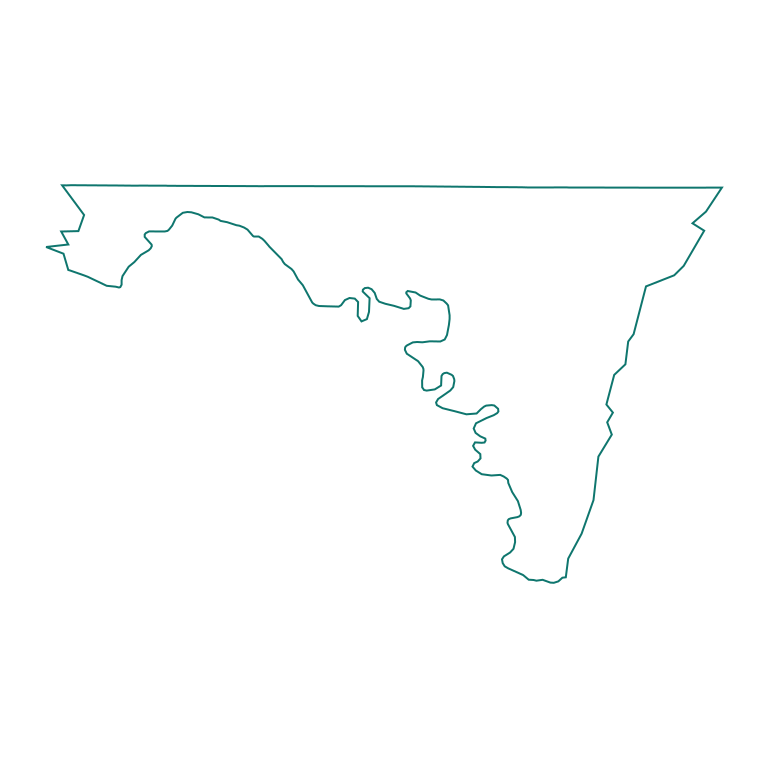 Washington, Maryland, United States of America
{"feature_id": "52423323B42185126778068", "entity_name": "Washington", "entity_type": "district", "adm_level": 2, "iso_a3": "USA", "parent_name": "United States of America", "parent_adm1": "Maryland", "projection": "orthographic", "projection_center": [-77.915, 39.521], "detail": "fine", "context": "isolated", "style": "outline", "palette": "teal", "viewbox_px": 768, "rotation_deg": 0, "n_neighbors": 0, "source": "geoboundaries", "source_scale": "gbopen_adm2", "svg_char_len": 3267}
<svg xmlns="http://www.w3.org/2000/svg" viewBox="0 0 768 768"><path d="M68.3,270.0L69.8,270.4L84.1,275.4L87.8,276.8L106.7,285.8L115.7,286.7L119.0,287.5L120.3,287.1L121.6,284.7L121.6,280.1L122.5,276.1L128.7,266.7L134.3,262.1L140.9,254.9L148.7,250.3L150.7,248.3L151.8,246.1L151.6,244.6L144.7,236.9L144.7,234.5L145.8,233.1L149.1,231.4L164.6,231.5L167.5,230.9L168.9,229.7L172.2,225.6L175.5,218.7L176.5,217.6L182.8,212.8L187.4,212.0L191.4,212.3L198.4,214.3L204.4,217.4L212.5,217.5L218.7,219.6L220.6,220.9L227.2,222.2L236.4,225.2L239.4,225.7L244.0,227.5L247.5,229.6L253.0,236.0L253.9,236.5L258.7,236.5L262.3,238.8L264.5,240.9L268.7,245.8L269.2,246.5L281.6,259.1L283.1,261.9L284.8,264.1L286.3,265.2L291.5,269.0L293.6,271.4L298.0,279.5L302.8,285.2L303.9,287.2L312.2,302.5L313.3,303.6L315.7,305.2L319.0,306.0L327.3,306.3L338.7,306.6L341.1,305.2L344.9,300.1L349.5,298.0L354.8,298.6L358.1,302.0L357.7,315.9L361.5,321.4L366.9,319.1L369.0,311.9L369.6,298.2L362.7,291.5L362.9,289.7L364.8,288.1L368.1,287.7L371.6,289.2L374.7,292.9L376.8,299.0L379.2,301.7L385.4,303.8L393.9,305.8L402.6,308.5L403.8,308.9L408.6,308.2L410.4,306.4L410.8,300.4L410.1,298.5L406.3,293.4L406.3,292.3L407.7,291.0L415.6,292.5L420.2,295.6L428.4,298.8L431.7,299.5L439.8,299.4L443.4,300.5L446.7,303.6L448.1,305.4L449.6,315.3L449.6,319.0L448.9,325.0L447.0,335.0L445.9,337.2L444.7,339.5L440.3,341.5L429.9,341.3L422.4,342.3L417.1,342.0L412.8,342.4L407.0,345.4L405.6,346.6L405.1,347.7L404.9,349.8L406.8,353.7L418.1,361.2L422.7,367.0L423.4,368.9L423.5,370.5L422.9,377.0L422.1,380.4L422.2,387.4L423.1,388.6L424.0,390.0L426.7,390.6L434.8,389.4L441.1,385.5L441.5,376.0L442.7,374.1L444.3,373.1L446.9,372.7L451.6,374.8L453.0,376.0L454.2,379.2L454.4,381.0L453.2,387.1L450.3,390.5L438.1,399.0L436.1,402.4L436.3,403.3L436.9,405.1L442.6,408.2L453.0,410.8L453.5,410.9L466.4,414.3L476.6,413.5L480.9,409.2L484.1,406.6L486.2,405.6L491.7,405.1L494.3,405.5L498.1,408.8L498.4,411.5L497.2,413.1L493.7,415.2L486.4,418.1L476.0,423.3L473.7,428.5L475.6,432.9L480.2,436.3L485.3,438.6L485.6,440.6L484.5,442.5L481.8,442.8L475.0,442.4L473.1,445.9L475.2,449.7L480.3,454.1L480.5,458.4L477.7,461.5L474.2,463.1L472.5,466.6L475.8,470.5L481.7,474.2L491.4,475.5L500.2,474.9L503.7,476.5L506.8,478.6L508.0,480.0L508.3,483.0L512.2,492.1L517.9,501.1L520.7,510.0L521.1,512.9L520.8,514.8L519.4,516.3L517.4,517.1L510.6,518.4L508.7,519.2L507.8,520.4L507.5,522.8L507.9,524.1L514.9,537.0L515.1,542.1L513.5,548.8L510.1,552.5L503.9,556.4L502.0,559.3L502.7,563.1L504.7,566.3L508.1,568.3L523.2,575.1L528.7,579.7L533.6,580.0L536.4,580.7L542.6,579.8L550.4,582.6L553.8,582.8L558.3,581.4L562.4,577.7L565.8,577.3L568.2,558.6L581.6,533.7L593.5,500.1L598.4,456.6L611.8,434.6L607.2,422.3L612.9,412.6L606.4,404.5L614.2,374.9L625.4,364.3L628.2,341.5L633.6,334.2L646.0,286.4L674.2,275.3L683.7,265.9L704.2,230.7L692.5,223.3L706.0,211.6L721.9,187.6L673.3,187.7L672.3,187.7L570.5,187.5L568.4,187.5L566.7,187.4L529.2,187.5L522.8,187.3L514.8,187.2L495.7,187.1L479.9,186.9L479.4,186.9L415.5,186.3L265.2,186.1L263.6,186.2L246.2,186.1L167.6,185.8L166.4,185.7L139.3,185.6L137.2,185.7L117.7,185.5L71.1,185.2L66.2,185.4L64.4,185.3L63.7,185.3L62.1,185.3L84.1,215.0L78.4,231.1L61.2,231.5L68.3,244.5L46.1,247.0L63.5,253.7L68.3,270.0Z" fill="none" stroke="#0f766e" stroke-width="2"/></svg>